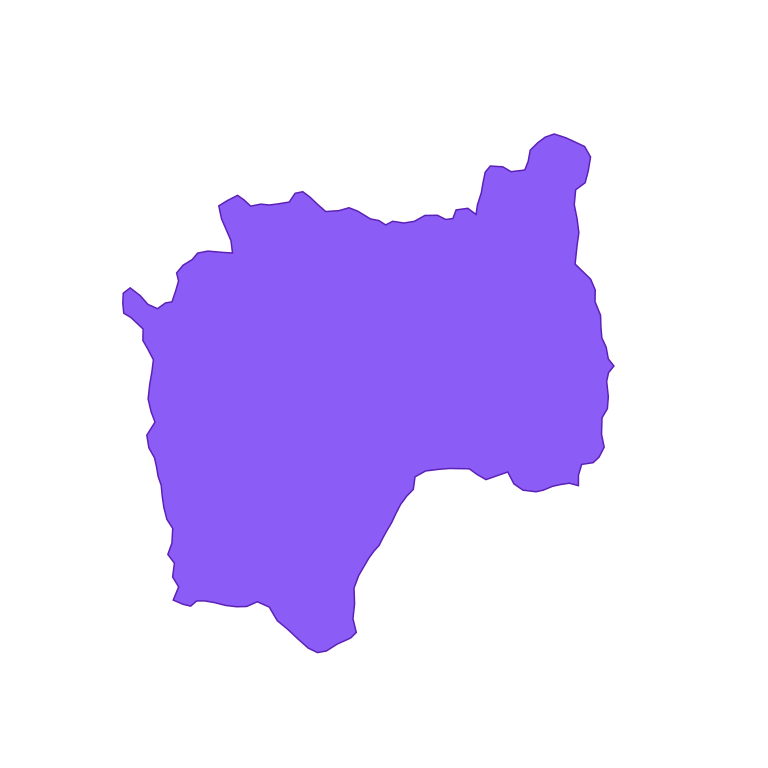 Arco-Íris, São Paulo, Brazil, rotated 339°
{"feature_id": "56859067B7870901954406", "entity_name": "Arco-Íris", "entity_type": "district", "adm_level": 2, "iso_a3": "BRA", "parent_name": "Brazil", "parent_adm1": "São Paulo", "projection": "natural_earth1", "projection_center": [-50.429, -21.77], "detail": "fine", "context": "isolated", "style": "filled", "palette": "violet", "viewbox_px": 768, "rotation_deg": 339, "n_neighbors": 0, "source": "geoboundaries", "source_scale": "gbopen_adm2", "svg_char_len": 2271}
<svg xmlns="http://www.w3.org/2000/svg" viewBox="0 0 768 768"><g transform="rotate(339 384 384)"><path d="M656.4,234.2L649.7,227.2L642.1,219.4L632.5,211.6L623.0,211.3L614.1,213.8L604.3,218.1L598.4,227.8L592.1,234.7L578.7,231.3L572.7,223.8L561.4,218.6L554.4,222.5L548.3,232.0L543.4,240.3L535.4,250.3L530.7,258.7L525.2,250.0L513.7,247.3L507.6,254.2L500.6,252.5L494.3,245.6L482.6,241.3L470.5,243.0L460.2,240.8L450.4,235.2L442.6,236.1L437.7,229.5L430.5,225.0L421.5,213.3L414.5,206.9L404.0,206.0L391.4,202.1L386.3,192.4L381.8,182.9L377.1,175.4L369.4,174.1L360.7,180.2L348.9,177.7L341.1,175.8L333.4,171.9L323.3,170.2L319.3,162.0L314.9,155.4L303.5,156.6L293.6,158.5L291.5,171.5L292.0,183.3L292.5,195.5L289.5,207.4L280.5,203.3L267.2,196.8L256.9,195.0L249.6,199.1L238.9,201.1L230.2,206.0L229.1,214.2L222.8,222.5L215.5,231.3L209.0,230.0L199.5,232.5L192.1,225.0L188.1,214.2L181.5,203.3L173.1,205.8L169.0,215.2L166.4,224.7L171.5,231.1L178.8,246.4L174.5,257.0L176.0,266.5L177.4,278.7L171.6,289.6L165.3,300.1L158.4,313.5L156.6,326.6L156.6,337.5L150.0,342.4L144.2,346.8L141.6,359.4L143.3,370.7L141.9,379.9L140.0,389.4L139.7,398.6L136.7,409.5L134.2,420.5L132.8,432.6L135.0,443.1L129.0,456.5L121.1,465.7L124.1,476.2L117.5,488.4L119.6,499.8L109.8,510.2L117.5,517.7L123.9,522.1L131.3,519.4L138.6,522.1L147.2,527.2L157.0,534.1L166.5,539.1L176.0,542.5L187.7,541.9L196.9,551.1L199.6,566.9L206.1,578.3L212.3,591.2L218.6,603.4L225.6,610.9L234.5,612.6L247.4,610.0L261.8,609.2L269.1,606.0L270.9,592.0L277.8,578.6L282.9,563.7L291.8,553.7L298.1,548.6L307.5,541.1L314.9,536.3L321.7,532.9L327.3,527.7L333.9,522.1L341.3,516.3L348.6,509.3L356.3,502.4L365.1,496.8L373.6,492.9L379.7,481.8L391.7,480.1L404.2,483.2L414.5,486.2L433.2,493.7L438.2,501.4L444.9,509.8L468.0,510.5L469.5,523.8L475.7,532.9L487.3,539.1L494.7,540.2L504.6,539.9L512.6,541.1L521.4,543.0L529.1,548.6L532.8,538.9L539.7,529.9L551.1,532.4L558.5,529.4L566.9,521.9L569.1,508.8L575.4,493.7L583.7,487.1L588.9,476.2L592.8,461.4L597.6,454.0L605.1,449.6L602.4,440.9L604.6,429.2L603.9,419.0L606.8,409.0L610.8,397.4L610.5,382.8L614.9,371.9L614.5,360.2L605.4,340.5L610.9,329.7L614.5,322.7L620.1,312.7L623.4,299.3L625.9,284.8L632.5,271.4L643.9,268.2L651.1,258.2L658.2,246.1L656.4,234.2Z" fill="#8b5cf6" stroke="#5b21b6" stroke-width="1.5"/></g></svg>